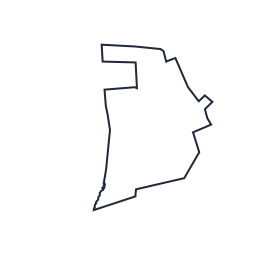 Kadoma Urban, Mashonaland West, Zimbabwe, rotated 312°
{"feature_id": "62879985B53444954846030", "entity_name": "Kadoma Urban", "entity_type": "district", "adm_level": 2, "iso_a3": "ZWE", "parent_name": "Zimbabwe", "parent_adm1": "Mashonaland West", "projection": "robinson", "projection_center": [29.825, -18.321], "detail": "fine", "context": "isolated", "style": "outline", "palette": "slate", "viewbox_px": 256, "rotation_deg": 312, "n_neighbors": 0, "source": "geoboundaries", "source_scale": "gbopen_adm2", "svg_char_len": 2215}
<svg xmlns="http://www.w3.org/2000/svg" viewBox="0 0 256 256"><g transform="rotate(312 128 128)"><path d="M82.2,179.3L82.3,179.2L82.5,179.0L82.5,178.9L82.7,178.7L82.8,178.7L83.1,178.4L83.4,178.2L87.8,175.0L101.7,184.7L128.3,203.3L128.6,203.3L157.6,197.2L168.2,179.4L168.3,179.2L186.2,187.5L188.4,180.3L193.3,172.8L193.4,172.6L203.9,173.2L203.6,163.3L195.2,162.7L198.5,145.2L211.7,116.4L203.2,112.0L202.9,112.0L203.0,111.8L203.1,111.7L208.9,102.9L208.4,99.3L193.3,78.7L193.2,78.6L172.3,52.7L160.4,64.7L181.8,89.8L171.7,99.9L163.6,108.0L162.8,105.7L140.8,84.9L129.6,96.7L124.0,104.3L114.6,115.8L112.5,117.4L90.9,133.3L83.1,139.1L79.6,141.3L79.2,141.6L71.1,146.7L71.2,146.8L71.3,147.0L71.3,147.4L71.2,147.4L71.1,147.5L70.8,147.5L70.6,147.5L70.4,147.5L70.2,147.5L70.1,147.8L70.0,148.0L70.0,148.4L70.1,148.6L70.2,148.8L70.3,148.9L70.2,149.0L69.5,149.0L69.4,149.0L69.2,148.9L69.0,148.7L68.9,148.7L68.7,148.7L68.7,148.8L68.3,148.9L68.1,149.1L68.0,149.3L68.0,149.5L68.0,149.8L68.1,150.0L68.1,150.3L67.8,150.4L67.7,150.3L67.5,150.2L67.4,150.1L67.1,149.8L67.0,149.6L66.9,149.5L66.6,149.3L66.5,149.1L66.3,149.0L66.2,149.1L66.2,149.3L66.1,149.5L66.1,149.9L66.1,150.1L65.9,150.4L65.9,150.5L65.6,150.7L65.6,150.8L65.4,150.8L65.1,150.8L64.9,150.8L64.8,150.7L64.7,150.7L64.3,150.5L64.0,150.4L63.7,150.2L61.0,150.4L60.9,150.4L60.8,150.5L60.7,150.6L60.5,150.8L60.4,150.9L60.3,151.0L60.2,151.0L60.1,151.3L59.8,151.5L59.7,151.6L59.4,151.8L59.2,152.0L58.6,152.2L58.1,152.2L57.9,152.2L57.7,152.2L57.2,152.2L57.0,152.3L56.8,152.3L56.6,152.4L56.4,152.5L56.0,153.0L55.8,153.0L55.7,153.1L55.3,153.3L55.0,153.5L54.9,153.5L54.7,153.7L54.2,153.8L53.7,153.8L53.1,153.8L52.7,153.8L52.4,153.8L52.2,153.8L51.9,153.8L51.6,153.9L51.3,154.0L51.2,154.1L51.0,154.3L50.9,154.4L50.9,154.5L50.6,154.7L50.5,154.8L50.4,154.8L50.2,154.8L49.9,154.7L49.7,154.7L49.4,154.7L49.1,154.7L48.8,154.8L48.7,154.9L48.5,155.0L48.3,155.1L48.1,155.2L48.0,155.3L47.9,155.4L47.8,155.5L47.7,155.6L47.6,155.8L47.4,155.9L47.3,156.0L47.2,156.1L46.9,156.2L46.8,156.3L46.7,156.3L46.2,156.4L46.1,156.5L45.9,156.5L45.6,156.5L45.4,156.5L45.2,156.6L45.0,156.8L44.9,157.0L44.7,157.2L44.7,157.3L44.6,157.5L44.3,157.6L82.2,179.3Z" fill="none" stroke="#1e293b" stroke-width="2"/></g></svg>